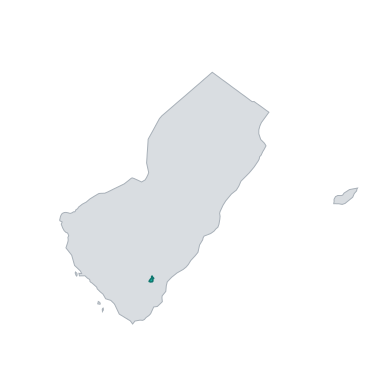 Yahr, Lahij, Yemen (highlighted), rotated 328°
{"feature_id": "15242507B12651180402694", "entity_name": "Yahr", "entity_type": "district", "adm_level": 2, "iso_a3": "YEM", "parent_name": "Yemen", "parent_adm1": "Lahij", "projection": "robinson", "projection_center": [45.152, 13.723], "detail": "fine", "context": "in_parent", "style": "filled", "palette": "teal", "viewbox_px": 384, "rotation_deg": 328, "n_neighbors": 0, "source": "geoboundaries", "source_scale": "gbopen_adm2", "svg_char_len": 3819}
<svg xmlns="http://www.w3.org/2000/svg" viewBox="0 0 384 384"><g transform="rotate(328 192 192)"><path d="M299.5,165.1L287.6,169.9L284.5,172.0L281.6,174.7L279.5,178.0L278.1,183.9L279.3,189.2L279.2,192.1L276.1,193.9L273.3,195.3L270.1,197.4L268.1,197.9L266.5,199.6L264.7,200.7L258.0,203.7L250.7,206.1L239.2,208.8L234.7,211.9L230.6,213.9L224.4,214.6L215.9,217.4L211.2,219.7L205.4,223.5L204.1,224.7L203.0,227.4L201.2,229.8L197.7,233.7L195.1,235.7L193.3,235.8L189.8,236.9L185.8,237.1L178.9,235.8L177.2,236.7L175.7,238.2L170.4,240.9L165.1,246.3L161.1,247.7L154.8,249.4L150.3,251.6L147.4,252.5L143.5,253.0L136.4,252.7L129.6,253.5L123.4,255.1L120.5,257.9L117.1,262.4L111.6,264.3L110.4,265.9L108.7,269.3L105.1,270.1L101.9,270.7L98.6,269.2L92.4,273.3L90.1,273.9L86.6,274.1L84.0,274.9L82.2,274.7L80.0,273.1L75.2,271.2L71.7,272.5L71.4,268.6L65.6,257.0L66.8,246.9L66.8,245.4L65.7,240.9L62.2,236.8L62.4,231.5L61.2,227.8L60.3,223.9L60.6,222.9L60.7,222.0L58.9,216.0L58.3,214.8L58.1,213.6L58.7,212.7L58.7,211.6L57.7,209.7L56.8,206.3L52.1,203.5L53.0,201.0L53.9,201.9L55.2,202.7L55.4,201.0L55.5,199.8L53.5,192.1L56.5,181.8L55.5,172.6L60.0,168.8L61.1,167.7L61.8,166.7L62.8,164.6L64.2,163.9L64.7,161.7L64.7,160.6L63.8,159.7L63.1,157.1L63.3,153.8L63.6,152.4L64.1,149.9L65.6,149.0L66.0,148.3L64.8,146.7L64.9,145.7L67.5,143.1L68.6,142.3L70.3,141.5L71.6,141.5L73.2,141.9L74.5,142.7L75.9,144.0L77.3,145.6L79.4,146.1L80.9,146.0L82.1,146.7L83.1,146.3L84.3,145.5L86.1,145.6L87.8,144.7L92.5,144.2L97.0,144.5L101.8,143.8L106.5,143.8L111.3,143.9L112.3,144.0L113.4,144.5L117.4,146.8L120.4,147.3L126.6,147.9L133.1,148.6L138.8,149.2L143.6,148.7L147.6,148.2L148.7,148.3L149.9,149.7L152.3,153.3L154.6,156.8L158.6,156.9L161.1,155.7L163.9,153.9L165.6,152.5L167.6,146.9L168.9,143.3L171.8,139.3L174.2,135.9L177.5,131.4L179.3,128.9L182.8,124.0L186.2,122.1L192.7,118.5L199.2,114.8L203.3,112.5L206.9,111.4L212.9,110.5L219.9,109.4L226.9,108.3L234.4,107.2L242.7,105.9L248.4,105.0L255.7,103.9L261.7,102.9L267.1,102.1L272.6,101.2L273.7,103.9L274.8,106.7L275.9,109.4L276.9,112.1L278.0,114.8L279.1,117.5L280.2,120.2L281.2,122.9L282.3,125.7L283.4,128.4L284.5,131.1L285.5,133.8L286.6,136.5L287.7,139.2L288.8,142.0L289.8,144.7L290.9,147.3L292.6,148.2L293.6,150.7L295.1,154.3L296.6,157.9L298.0,161.5L299.5,165.1ZM316.7,274.1L318.1,274.5L320.4,273.5L326.8,273.4L334.5,276.4L333.1,277.2L332.2,278.3L328.8,279.3L325.5,281.6L315.7,282.8L312.8,282.1L310.4,279.9L306.0,277.0L307.7,275.1L308.1,274.2L308.7,273.4L311.2,272.0L313.7,272.2L316.7,274.1ZM55.1,237.8L54.8,238.4L54.3,238.3L52.8,236.9L54.5,235.2L55.3,236.7L55.1,237.8ZM50.5,201.6L49.7,202.2L49.5,201.2L50.0,198.8L50.8,198.1L51.3,199.9L51.0,200.8L50.5,201.6ZM54.3,245.1L52.7,245.9L53.8,243.8L54.9,243.3L55.2,243.4L54.3,245.1Z" fill="#d9dde1" stroke="#a8b0b8" stroke-width="1"/><path d="M113.7,242.5L113.7,242.4L113.4,242.2L113.3,242.3L113.2,242.3L113.1,242.5L112.9,242.7L112.6,242.7L112.5,243.0L112.5,243.3L112.5,243.5L112.4,243.6L112.2,243.7L111.9,243.7L111.7,243.7L111.6,243.8L111.4,243.9L111.2,243.8L110.9,243.8L110.7,243.8L110.4,244.0L110.2,244.1L110.0,244.3L109.9,244.3L109.7,244.3L109.4,244.4L109.2,244.4L109.1,244.5L108.9,244.6L108.8,244.8L108.7,244.8L108.5,245.0L108.3,245.2L108.5,245.4L108.5,245.5L108.8,245.9L108.9,246.0L109.0,246.1L109.2,246.3L109.3,246.3L109.5,246.4L109.5,246.5L109.8,246.6L110.0,246.7L110.3,246.8L110.5,246.8L110.8,246.9L110.8,247.0L111.0,247.0L111.0,246.9L111.3,246.8L111.4,246.7L111.5,246.7L111.8,246.6L111.9,246.3L111.9,246.2L111.9,245.9L111.9,245.7L112.0,245.5L112.3,245.4L112.5,245.3L112.7,245.2L112.8,245.2L113.1,245.1L113.3,245.1L113.5,245.1L113.7,244.9L113.8,244.8L113.8,244.7L113.7,244.5L113.7,244.4L113.6,244.1L113.6,243.9L113.5,243.7L113.4,243.6L113.4,243.4L113.4,243.2L113.5,243.1L113.5,242.9L113.6,242.7L113.7,242.5Z" fill="#14b8a6" stroke="#0f766e" stroke-width="1.5"/></g></svg>